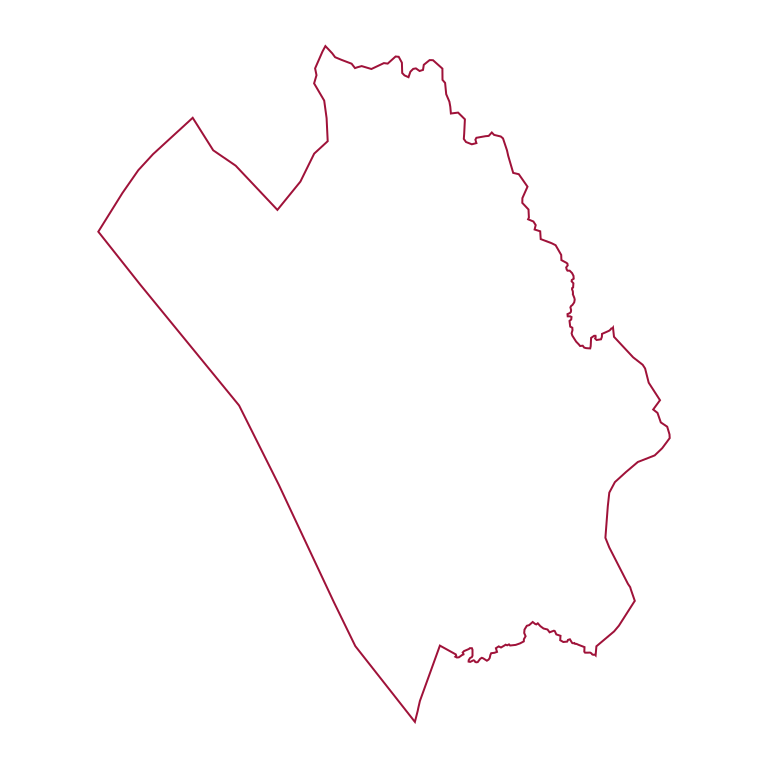 San Martín Zacatepec, Oaxaca, Mexico
{"feature_id": "50627088B15099528987942", "entity_name": "San Martín Zacatepec", "entity_type": "district", "adm_level": 2, "iso_a3": "MEX", "parent_name": "Mexico", "parent_adm1": "Oaxaca", "projection": "robinson", "projection_center": [-98.056, 17.815], "detail": "fine", "context": "isolated", "style": "outline", "palette": "rose", "viewbox_px": 768, "rotation_deg": 0, "n_neighbors": 0, "source": "geoboundaries", "source_scale": "gbopen_adm2", "svg_char_len": 3381}
<svg xmlns="http://www.w3.org/2000/svg" viewBox="0 0 768 768"><path d="M578.8,344.4L576.1,341.6L572.3,335.6L571.6,333.3L572.5,330.1L572.3,327.7L570.2,326.6L569.5,320.9L571.2,319.5L571.5,317.0L570.2,316.3L567.7,316.3L567.5,314.1L569.8,313.1L570.9,311.9L571.1,310.1L570.4,307.3L571.2,305.9L572.4,305.0L574.2,302.4L574.7,299.7L574.4,298.1L572.8,294.1L573.0,293.5L572.8,291.2L572.0,289.2L572.2,288.0L573.1,287.5L573.4,283.3L571.6,281.3L571.8,280.0L573.7,278.7L573.5,275.9L572.1,273.1L569.7,270.7L567.5,270.7L566.6,269.3L566.2,267.4L567.7,265.4L567.4,263.6L566.4,262.8L561.4,260.1L561.2,254.9L555.6,245.2L551.6,243.2L540.7,239.1L540.2,231.3L534.6,229.5L535.7,225.1L533.4,221.5L528.1,219.3L528.9,217.5L528.5,209.5L522.3,202.9L522.4,198.1L527.5,186.7L518.8,174.2L513.2,172.9L508.2,155.8L507.0,150.4L503.0,138.4L500.8,136.5L494.1,134.9L491.8,132.5L488.7,135.9L485.4,136.2L476.4,137.8L475.4,139.7L476.4,143.1L471.8,144.3L466.0,142.0L463.8,138.9L464.2,133.6L464.9,119.3L458.1,112.6L450.9,113.5L450.3,106.8L449.4,101.7L446.2,94.2L445.1,82.9L442.5,79.9L442.4,68.6L433.0,60.2L429.6,60.1L423.8,64.8L423.0,69.9L419.6,71.0L415.9,68.4L413.2,68.9L410.4,71.7L408.5,77.2L404.5,75.4L402.2,73.0L401.9,62.7L398.7,56.8L395.6,56.5L387.7,63.6L383.9,63.1L371.4,69.0L361.7,66.1L357.6,67.2L355.0,68.1L351.6,63.7L341.6,59.9L335.1,57.2L332.2,53.3L325.4,46.1L322.5,51.5L315.1,68.4L316.5,75.2L314.1,83.4L324.2,100.6L326.6,118.2L327.7,141.2L314.2,153.6L300.4,181.6L277.4,209.9L235.7,165.7L213.2,150.3L192.7,117.8L153.0,154.2L138.3,170.2L122.5,192.9L98.3,231.7L140.2,284.6L239.1,405.5L279.0,485.2L333.8,602.0L355.3,646.1L414.9,721.9L417.7,710.9L418.4,707.5L419.1,704.5L419.9,701.0L439.9,645.6L455.8,654.4L456.2,655.7L455.3,656.7L456.9,657.5L458.9,657.3L462.1,655.0L463.5,654.4L463.4,653.7L462.7,652.5L464.0,651.1L468.9,649.0L469.8,648.2L471.9,648.2L472.5,649.8L472.5,655.7L471.9,657.0L470.0,658.1L468.7,660.2L468.6,661.6L470.2,661.9L473.5,660.3L474.4,660.6L475.2,661.9L476.2,662.3L477.7,662.1L480.2,658.8L481.8,657.8L483.1,658.3L486.9,660.7L488.6,659.6L489.7,658.0L490.4,654.9L491.2,653.2L494.4,652.8L497.0,651.9L495.9,648.2L498.7,646.4L501.0,647.5L504.6,645.4L505.6,644.7L507.2,645.3L509.0,644.4L510.1,645.5L515.7,644.9L520.0,643.4L523.8,641.4L523.9,639.2L525.6,636.2L524.2,633.0L524.5,629.6L526.8,625.8L529.2,625.1L532.7,622.0L535.2,624.0L536.3,624.4L537.8,623.3L540.3,626.1L543.5,628.5L547.5,629.5L549.6,632.3L553.9,630.7L554.8,631.1L556.3,634.4L560.5,635.8L560.2,640.2L563.3,642.0L567.2,641.6L568.0,639.9L569.9,639.3L572.1,642.9L573.1,643.3L574.4,643.0L575.1,643.9L576.5,643.9L578.7,644.9L584.5,647.1L584.3,651.7L585.1,652.7L590.1,652.6L591.4,653.3L592.1,654.3L593.2,654.8L594.8,654.6L595.6,655.4L596.4,646.3L614.1,631.4L618.9,625.7L634.1,601.9L634.5,601.3L634.8,600.9L630.8,589.3L630.6,588.6L630.2,587.2L628.1,584.1L627.8,583.6L609.3,547.5L605.4,537.8L607.8,506.3L609.3,492.6L614.9,482.1L626.0,472.0L637.8,462.0L654.7,455.4L662.2,448.2L669.7,438.1L669.5,434.4L667.2,426.7L660.8,422.4L657.5,412.9L653.2,409.5L660.0,400.2L648.7,382.7L645.1,368.5L642.7,364.8L633.1,357.3L614.0,336.8L613.0,327.6L612.5,328.3L611.4,328.4L610.7,329.3L609.5,330.5L607.9,331.3L602.0,333.9L601.9,336.8L601.0,339.3L596.6,340.0L595.1,338.5L595.7,337.1L595.5,335.8L594.1,335.8L591.1,337.9L590.7,346.1L590.2,348.4L588.3,348.3L586.0,348.1L584.2,347.6L582.7,345.7L580.1,346.0L578.8,344.4Z" fill="none" stroke="#9f1239" stroke-width="2"/></svg>